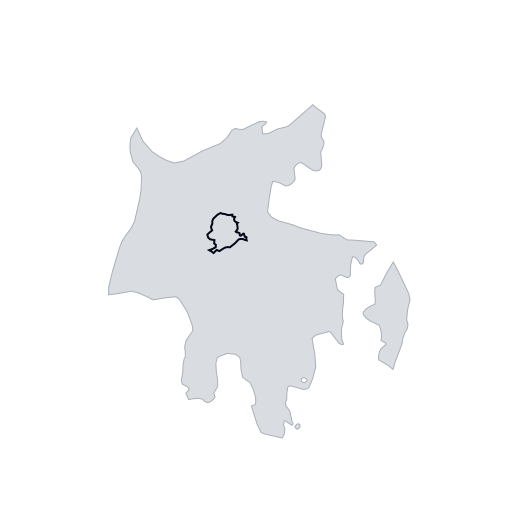 Kürdəmir highlighted on a map of Azerbaijan, rotated 231°
{"feature_id": "AZE-1706", "entity_name": "Kürdəmir", "entity_type": "District", "adm_level": 1, "iso_a3": "AZE", "parent_name": "Azerbaijan", "parent_adm1": "", "projection": "equal_earth", "projection_center": [48.132, 40.282], "detail": "fine", "context": "in_parent", "style": "outline", "palette": "ink", "viewbox_px": 512, "rotation_deg": 231, "n_neighbors": 0, "source": "natural_earth", "source_scale": "10m", "svg_char_len": 4412}
<svg xmlns="http://www.w3.org/2000/svg" viewBox="0 0 512 512"><g transform="rotate(231 256 256)"><path d="M337.8,395.6L336.0,395.5L323.2,398.7L320.5,397.6L309.4,383.1L307.1,381.5L302.4,380.9L299.6,378.5L297.3,374.6L296.1,371.7L284.7,363.9L283.0,361.0L282.8,358.5L284.4,356.2L286.4,354.3L291.9,352.4L298.4,350.7L300.5,349.5L301.5,347.4L301.5,344.1L300.4,340.8L291.1,334.8L290.1,332.2L289.8,329.1L290.3,325.8L291.7,323.2L299.3,319.7L303.4,316.1L300.8,312.0L292.7,302.8L283.0,292.7L276.5,292.6L269.1,295.6L257.1,304.2L250.5,307.9L241.9,314.0L232.5,320.9L224.8,328.1L219.9,334.1L211.4,336.7L207.0,341.7L192.6,356.8L188.6,356.6L188.4,349.2L188.6,343.2L187.8,339.8L183.2,335.1L183.1,333.1L184.4,331.9L187.9,332.6L192.5,332.3L194.7,330.5L189.8,324.3L185.5,320.2L181.9,317.5L181.1,315.8L181.1,314.6L181.9,313.2L188.2,309.8L188.8,306.7L188.4,303.3L178.5,298.1L171.0,300.0L164.4,294.3L160.1,289.8L154.8,285.1L150.0,282.5L145.5,276.5L137.6,270.4L132.5,268.6L132.6,267.7L133.6,266.6L135.7,265.6L149.9,265.9L151.7,264.8L152.6,262.1L154.5,258.2L156.9,252.5L156.7,247.7L142.6,239.9L132.3,232.7L125.3,223.3L120.6,214.7L120.8,211.8L122.2,209.1L133.3,201.2L134.1,199.1L133.9,197.8L130.0,193.7L125.1,189.5L123.6,186.5L120.5,184.9L114.6,184.8L104.3,179.7L102.1,179.2L101.7,178.2L102.2,177.2L109.6,175.1L109.5,173.4L107.3,171.1L103.2,169.5L99.4,165.4L98.1,161.8L111.6,151.1L115.6,148.9L124.3,150.9L142.3,158.0L141.0,161.9L142.8,164.1L147.0,167.1L154.9,170.2L161.6,171.8L165.1,170.4L170.3,169.3L177.0,172.8L183.2,177.3L186.3,179.1L188.0,179.6L192.7,178.1L198.4,172.4L200.7,165.4L201.4,162.1L198.1,157.5L191.3,152.5L183.7,148.1L178.8,144.2L175.8,136.6L172.6,135.8L171.8,134.8L171.4,132.2L171.5,128.5L172.6,125.8L175.7,124.6L178.8,124.1L181.7,121.5L185.3,116.2L186.8,113.3L193.4,115.0L194.3,119.7L195.4,120.7L198.2,120.1L202.8,118.1L206.4,119.6L211.0,125.2L217.5,131.1L221.0,135.1L222.3,137.8L225.6,140.4L230.5,143.6L234.3,148.4L237.7,159.8L241.2,162.4L253.7,166.8L258.1,167.7L270.4,169.2L274.8,168.1L281.1,158.3L286.8,148.2L292.1,146.1L301.7,141.2L307.5,136.6L309.9,131.7L315.3,122.3L318.6,117.1L324.3,121.7L334.1,134.4L348.2,155.0L351.7,160.9L354.0,167.7L356.0,175.9L359.2,183.2L373.6,201.6L379.8,208.4L389.9,217.2L393.5,219.1L398.2,219.7L406.8,219.7L414.8,223.2L418.8,225.6L422.9,229.1L426.6,233.1L430.4,244.0L416.5,240.4L402.5,240.9L394.7,243.3L387.1,246.4L379.8,250.9L375.2,259.7L371.5,279.9L365.9,298.9L366.2,307.7L368.7,316.1L368.4,320.1L365.9,321.8L362.6,325.4L358.4,343.0L356.2,346.4L353.5,348.6L352.7,346.5L352.8,342.0L346.7,337.9L343.5,342.4L341.3,352.1L336.8,362.2L336.6,364.2L337.8,395.6ZM131.5,216.5L132.1,213.8L130.4,212.6L128.6,212.6L127.0,213.9L126.9,217.3L129.1,217.9L131.5,216.5ZM84.6,295.4L82.6,292.6L81.6,291.1L87.8,289.8L98.1,286.0L100.9,287.9L103.9,291.7L105.3,294.9L105.5,301.0L106.7,302.0L111.7,299.9L113.9,302.4L117.7,305.3L124.4,308.2L134.1,303.7L138.9,302.5L142.8,302.6L144.9,304.0L145.6,308.8L144.8,314.6L143.6,317.8L145.6,320.1L153.4,325.7L156.7,328.8L155.0,334.3L160.8,347.5L162.7,352.7L165.0,359.0L152.9,356.5L131.3,351.2L125.3,348.4L119.7,341.0L116.4,337.5L111.5,332.9L107.4,331.2L104.4,328.0L102.7,323.3L100.2,319.1L95.8,314.1L85.9,297.2L84.6,295.4ZM99.2,183.1L97.8,184.0L95.8,183.1L95.2,181.1L95.4,178.9L97.5,178.4L99.1,179.0L99.5,181.0L99.2,183.1Z" fill="#d9dde1" stroke="#a8b0b8" stroke-width="1"/><path d="M310.6,244.0L311.8,246.1L312.1,248.9L312.3,252.1L311.7,255.5L309.7,256.7L308.1,258.3L306.1,259.5L304.5,261.1L304.0,262.2L303.0,263.5L302.7,263.0L302.2,262.7L301.7,262.7L301.3,262.9L301.0,263.1L300.7,263.2L300.0,264.1L299.5,264.3L299.0,262.9L298.6,262.3L298.0,261.9L297.5,261.6L296.4,261.4L295.3,261.7L293.3,262.7L293.4,261.6L293.1,261.3L292.6,261.2L292.0,261.0L288.7,258.9L288.2,257.9L287.8,255.7L286.8,255.7L285.6,256.8L284.3,257.6L283.7,257.4L283.0,256.8L282.2,256.4L281.5,256.8L281.3,257.5L281.3,258.4L281.4,260.2L281.0,260.6L280.3,260.4L279.2,259.9L278.9,259.8L278.3,259.4L278.0,259.4L277.6,259.6L277.1,260.3L276.6,260.4L276.2,260.2L275.2,259.0L274.7,258.8L274.1,258.6L275.6,257.4L277.4,256.5L278.8,255.0L279.8,253.1L279.1,247.3L279.2,241.2L280.8,239.5L282.0,237.3L282.5,234.1L282.8,230.7L285.5,229.2L285.0,224.9L287.5,224.3L290.0,223.3L288.8,226.7L288.2,230.2L289.9,231.8L292.1,231.4L293.2,232.4L294.5,233.7L296.3,232.2L298.1,230.7L300.8,230.5L303.3,231.7L303.5,234.9L303.5,238.0L305.4,238.6L307.1,239.5L308.5,242.3L310.6,244.0Z" fill="none" stroke="#020617" stroke-width="2"/></g></svg>